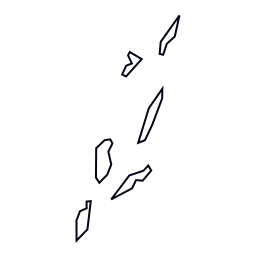 Solomon Islands, Albers equal-area conic projection, rotated 79°
{"feature_id": "SLB", "entity_name": "Solomon Islands", "entity_type": "country or territory", "adm_level": 0, "iso_a3": "SLB", "parent_name": "Oceania", "parent_adm1": "", "projection": "albers", "projection_center": [159.585, -9.221], "detail": "coarse", "context": "isolated", "style": "outline", "palette": "ink", "viewbox_px": 256, "rotation_deg": 79, "n_neighbors": 0, "source": "natural_earth", "source_scale": "50m", "svg_char_len": 733}
<svg xmlns="http://www.w3.org/2000/svg" viewBox="0 0 256 256"><g transform="rotate(79 128 128)"><path d="M140.1,146.2L147.5,151.8L160.6,151.4L169.8,157.2L176.3,166.6L170.5,168.9L141.8,163.1L135.4,153.1L135.8,147.6L140.1,146.2ZM174.1,113.3L182.5,123.6L180.7,130.0L188.0,135.6L194.9,158.1L174.8,135.7L172.9,121.0L168.7,115.3L174.1,113.3ZM144.5,120.8L112.6,103.8L96.0,86.8L105.4,88.8L129.2,103.4L143.2,113.7L144.5,120.8ZM192.7,178.5L219.8,187.2L228.7,200.0L208.9,196.2L200.5,191.0L198.9,183.9L192.3,182.7L192.7,178.5ZM62.8,79.5L61.3,82.8L49.6,79.4L27.3,56.0L47.1,64.6L52.7,73.8L62.8,79.5ZM63.0,101.4L77.0,120.0L74.4,123.6L66.5,117.9L65.4,111.9L56.7,114.1L53.8,111.7L63.0,101.4Z" fill="none" stroke="#020617" stroke-width="2"/></g></svg>